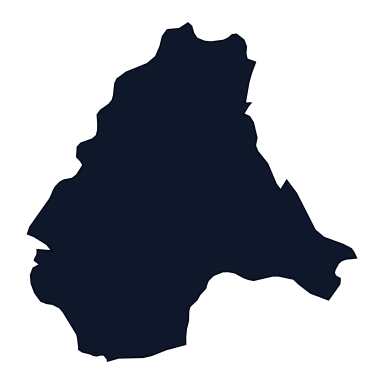 map outline of Diekirch (Equal Earth projection)
{"feature_id": "LUX-906", "entity_name": "Diekirch", "entity_type": "District", "adm_level": 1, "iso_a3": "LUX", "parent_name": "Luxembourg", "parent_adm1": "", "projection": "equal_earth", "projection_center": [5.98, 49.94], "detail": "fine", "context": "isolated", "style": "filled", "palette": "ink", "viewbox_px": 384, "rotation_deg": 0, "n_neighbors": 0, "source": "natural_earth", "source_scale": "10m", "svg_char_len": 1773}
<svg xmlns="http://www.w3.org/2000/svg" viewBox="0 0 384 384"><path d="M255.4,62.2L251.5,72.6L248.7,82.5L245.2,102.7L246.2,103.2L249.6,103.0L250.8,103.1L248.7,105.4L243.5,113.8L249.6,116.7L253.3,122.7L256.8,137.7L255.3,145.7L257.7,151.5L267.5,163.7L276.1,184.0L280.6,190.2L286.7,180.3L296.4,193.3L315.1,230.1L323.9,237.5L343.1,244.5L351.4,248.9L354.1,252.9L356.4,257.9L356.1,257.9L345.9,259.0L341.7,260.5L338.4,263.3L335.1,269.3L334.1,272.7L335.3,275.7L337.1,277.0L340.1,278.5L340.0,281.6L339.6,284.2L328.5,299.8L310.5,293.0L298.8,284.0L293.6,279.0L278.1,275.8L272.5,275.9L253.5,280.3L248.2,279.2L243.1,277.2L234.9,272.7L228.3,271.5L222.9,271.6L213.4,275.3L208.1,280.6L206.9,283.6L205.5,288.4L199.6,294.9L196.8,299.9L189.8,306.5L188.6,310.7L188.3,320.9L186.3,328.8L185.5,336.7L185.6,344.3L166.0,349.6L151.8,355.3L143.2,357.3L118.7,357.9L107.6,361.0L107.4,359.3L104.1,355.0L100.4,354.8L96.8,355.8L93.6,355.3L90.2,353.8L82.3,351.8L78.7,349.4L78.9,347.7L77.7,337.6L76.8,334.2L63.5,312.4L59.8,307.8L52.6,304.2L46.5,303.3L40.8,301.0L34.8,292.8L31.4,283.7L30.6,275.1L33.1,268.2L39.8,264.5L34.4,260.3L35.4,257.7L36.4,256.0L37.3,253.9L37.2,249.7L52.1,251.0L46.8,244.4L34.3,236.6L27.6,233.9L29.9,227.1L49.6,199.1L51.9,194.5L53.2,190.9L55.3,187.1L59.8,182.3L63.8,180.1L72.1,178.5L76.8,174.9L83.0,165.0L80.7,161.0L76.8,157.0L77.4,147.0L80.9,143.2L92.4,139.1L96.5,135.5L97.9,129.8L97.9,123.0L97.3,114.7L100.6,110.2L108.9,104.4L112.3,100.3L113.7,95.4L114.9,83.7L116.9,79.1L126.3,72.2L147.3,63.7L155.7,56.6L160.2,46.2L162.5,36.4L167.3,29.8L179.3,28.7L188.0,23.0L191.6,26.3L193.5,33.1L197.0,38.4L202.0,40.4L204.4,41.4L210.8,42.1L223.6,40.4L228.5,38.0L232.2,34.8L236.5,34.3L243.8,40.0L246.3,46.6L245.7,53.4L246.9,59.1L255.4,62.2Z" fill="#0f172a" stroke="#020617" stroke-width="1.5"/></svg>